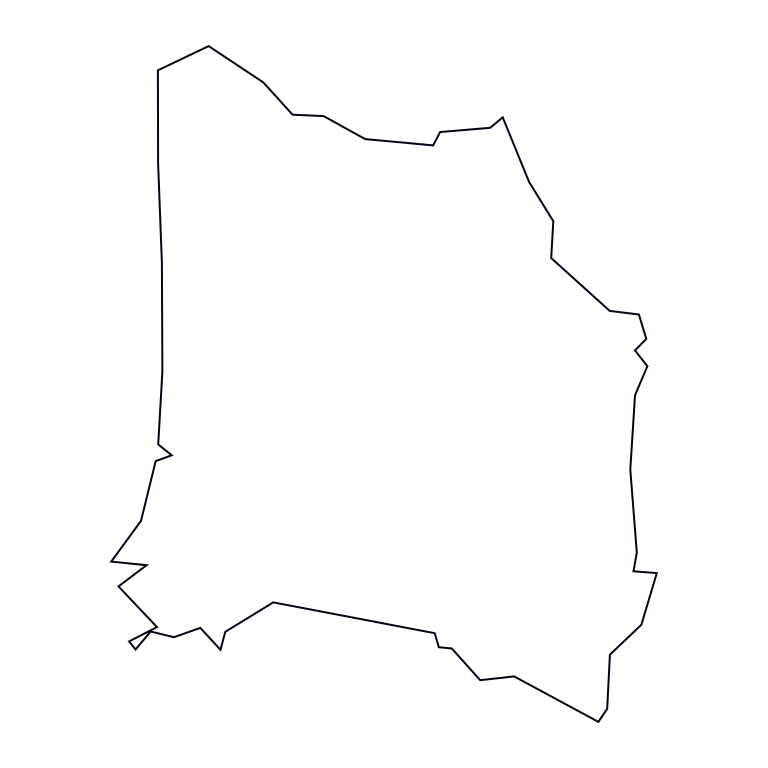 the district of Coffee, Tennessee, United States of America
{"feature_id": "52423323B30803905187114", "entity_name": "Coffee", "entity_type": "district", "adm_level": 2, "iso_a3": "USA", "parent_name": "United States of America", "parent_adm1": "Tennessee", "projection": "albers", "projection_center": [-86.08, 35.496], "detail": "fine", "context": "isolated", "style": "outline", "palette": "ink", "viewbox_px": 768, "rotation_deg": 0, "n_neighbors": 0, "source": "geoboundaries", "source_scale": "gbopen_adm2", "svg_char_len": 747}
<svg xmlns="http://www.w3.org/2000/svg" viewBox="0 0 768 768"><path d="M208.6,46.1L157.9,70.3L158.1,163.2L161.9,263.0L162.4,371.4L158.2,444.4L171.7,455.3L155.7,461.1L141.0,520.9L111.2,561.6L146.5,565.2L118.5,586.4L157.0,627.1L129.1,641.4L135.6,649.5L150.6,631.5L173.9,637.2L200.3,627.9L220.5,649.8L225.3,631.8L273.2,602.4L434.7,633.2L438.8,647.2L451.8,648.5L480.2,680.2L514.1,676.4L598.4,721.9L607.2,708.7L609.9,654.7L641.4,624.7L656.8,573.1L633.5,571.3L636.8,552.6L630.3,469.6L635.0,395.3L647.4,366.2L635.0,350.4L646.3,338.9L638.9,314.5L609.7,310.9L551.2,258.1L553.3,221.2L529.1,182.0L502.7,117.3L490.2,127.8L440.2,132.0L433.1,145.4L365.2,139.1L323.6,116.1L292.6,114.7L263.3,82.4L208.6,46.1Z" fill="none" stroke="#020617" stroke-width="2"/></svg>